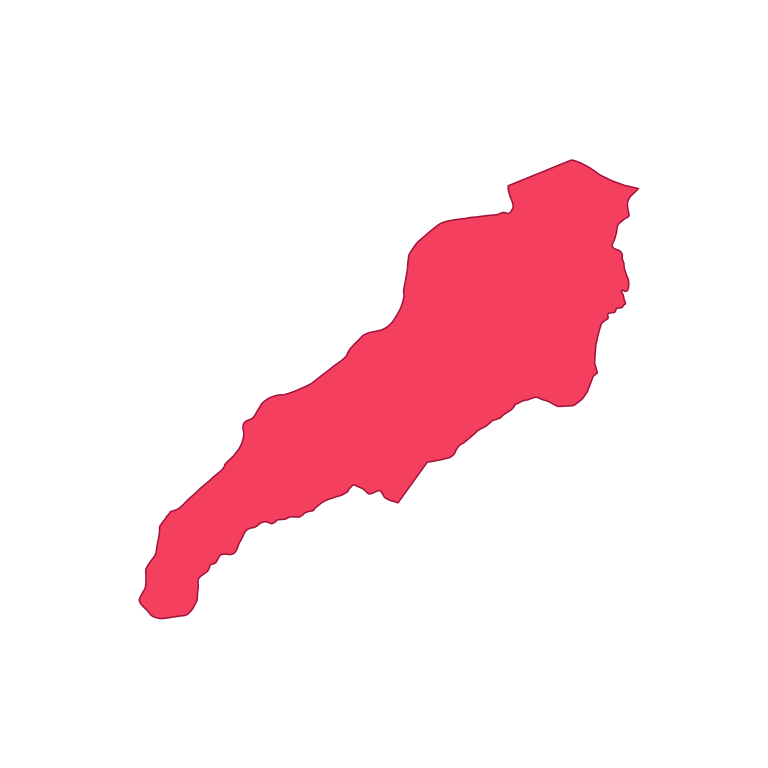 Mercedes de Oriente, La Paz, Honduras, rotated 246°
{"feature_id": "27666195B10683229568553", "entity_name": "Mercedes de Oriente", "entity_type": "district", "adm_level": 2, "iso_a3": "HND", "parent_name": "Honduras", "parent_adm1": "La Paz", "projection": "robinson", "projection_center": [-87.785, 13.926], "detail": "fine", "context": "isolated", "style": "filled", "palette": "rose", "viewbox_px": 768, "rotation_deg": 246, "n_neighbors": 0, "source": "geoboundaries", "source_scale": "gbopen_adm2", "svg_char_len": 6143}
<svg xmlns="http://www.w3.org/2000/svg" viewBox="0 0 768 768"><g transform="rotate(246 384 384)"><path d="M253.6,107.5L253.4,109.7L253.5,111.2L254.5,113.6L255.9,116.8L256.3,117.5L259.1,121.3L262.1,124.9L262.8,125.5L263.9,126.2L268.6,128.5L274.0,131.7L275.2,132.2L277.9,133.2L280.3,134.3L281.2,135.1L282.0,136.1L282.5,137.2L283.0,138.8L284.6,146.5L285.1,147.3L286.4,148.9L287.2,149.8L288.7,150.8L289.2,151.6L289.6,153.2L289.4,154.0L288.9,155.0L289.0,155.5L289.4,156.4L289.1,157.2L289.1,157.6L293.2,163.1L293.8,164.1L294.1,164.9L294.2,165.8L294.2,166.7L293.7,168.5L293.0,170.2L291.2,173.1L290.5,174.9L290.3,175.9L290.3,177.1L290.4,178.1L290.6,179.0L291.4,180.5L292.4,181.9L293.8,183.5L296.2,185.6L297.4,186.9L301.3,192.0L304.8,196.0L305.6,197.3L306.2,198.6L306.5,200.0L306.7,201.4L306.6,203.7L306.4,204.7L305.9,206.2L305.7,207.7L306.0,210.4L306.8,212.9L307.1,214.3L307.1,216.3L306.9,218.2L306.6,219.3L306.0,220.4L304.4,222.2L302.7,223.6L302.3,224.2L302.0,224.8L301.9,226.0L302.2,228.2L302.6,229.5L303.2,230.9L303.3,231.4L300.8,238.3L300.7,241.0L300.9,243.4L300.8,243.9L298.0,250.3L297.1,251.9L296.9,252.6L297.2,255.4L297.5,256.5L298.2,258.3L298.4,260.1L298.4,261.3L298.1,263.5L297.7,265.6L297.2,266.8L297.2,267.6L297.4,268.3L298.6,270.6L299.4,273.3L300.7,278.2L301.3,282.2L301.3,284.8L300.8,290.5L300.3,295.1L299.7,298.9L299.7,301.1L300.0,304.4L300.3,306.3L300.6,307.3L301.0,307.9L301.7,308.5L302.1,309.1L304.2,313.9L304.3,314.5L304.3,314.9L304.0,315.4L303.4,316.1L297.0,322.0L294.0,323.5L291.0,324.6L290.2,325.1L289.8,325.6L289.3,326.4L289.1,327.5L288.9,330.4L289.0,333.7L289.0,334.9L288.7,336.0L288.2,336.8L287.5,337.3L286.4,337.6L280.3,338.4L279.8,338.6L277.3,340.4L275.0,342.4L274.3,343.1L272.4,345.7L271.6,346.5L270.4,347.5L269.9,348.3L270.0,348.9L295.0,391.8L293.8,395.8L291.8,404.4L290.2,413.1L290.1,414.4L290.2,415.5L290.8,417.9L291.5,419.7L292.1,420.6L294.0,422.6L295.9,425.2L296.7,426.7L297.4,428.6L297.7,430.2L297.7,432.1L297.8,432.9L301.7,446.5L302.9,449.5L303.3,450.8L303.8,455.2L303.9,459.9L305.3,464.7L306.4,467.7L306.4,468.4L306.1,471.1L305.7,476.4L307.2,480.6L308.7,489.8L309.9,492.8L310.5,493.7L311.5,494.8L311.9,495.8L311.8,498.1L312.1,501.8L312.1,503.8L311.8,506.1L311.0,508.9L310.7,514.6L310.2,517.3L309.8,518.1L308.7,519.3L305.3,522.3L303.0,525.1L300.9,527.3L299.8,528.2L293.8,532.7L293.0,533.5L292.3,534.7L291.6,536.4L289.4,542.4L287.6,546.9L287.3,548.0L287.3,549.1L287.4,550.2L289.0,556.9L289.5,558.4L290.5,560.6L294.6,567.2L296.1,568.4L298.6,571.0L305.9,578.2L306.1,578.7L307.1,582.7L307.2,583.3L309.8,583.9L315.9,584.7L318.1,585.2L333.1,593.2L341.4,599.3L347.1,604.0L350.4,606.9L350.9,607.7L351.7,610.0L352.2,612.0L352.4,614.2L352.8,615.2L353.2,615.7L353.7,616.0L355.5,616.2L356.9,616.8L357.1,617.0L357.1,618.2L356.7,620.3L356.5,621.3L355.8,622.6L355.8,623.6L355.9,624.4L356.3,625.1L358.3,626.8L358.5,627.1L357.2,631.5L357.1,632.3L357.2,632.9L358.6,635.2L358.9,636.1L358.8,636.8L360.3,637.7L361.8,637.7L363.5,637.8L366.5,638.4L368.2,638.7L369.1,638.7L370.2,638.5L370.9,638.5L372.3,638.9L372.7,639.3L372.7,639.6L372.6,640.0L372.1,640.6L371.1,641.2L370.6,642.0L370.3,642.8L370.2,643.8L370.6,644.7L371.8,645.9L374.3,647.5L376.7,648.7L379.6,649.6L381.2,649.8L384.4,649.8L391.1,650.4L393.8,651.2L396.9,652.3L399.4,652.5L401.5,652.5L404.5,654.0L405.4,654.4L405.8,654.5L408.4,654.1L409.5,653.7L411.3,652.2L413.5,649.9L415.2,648.8L416.0,648.6L416.7,648.6L417.4,648.7L418.2,649.0L419.6,650.2L421.5,652.7L427.6,657.9L432.4,660.8L433.3,661.5L434.0,662.3L434.6,663.2L435.2,664.6L435.8,666.3L436.2,668.5L436.8,669.9L437.3,674.6L437.5,675.5L437.9,676.1L438.5,676.5L439.1,676.8L442.5,677.5L446.4,678.5L448.5,679.3L449.8,679.7L451.5,680.9L453.0,682.5L454.2,683.9L455.0,685.2L458.4,694.4L459.1,695.8L463.4,690.3L467.8,684.3L476.5,675.4L478.3,673.7L487.5,666.1L497.4,660.3L505.7,653.8L509.8,649.8L512.4,646.4L514.6,578.2L512.4,577.0L511.2,576.6L504.0,575.4L500.3,575.4L497.6,575.1L495.4,574.8L493.8,574.3L493.0,573.9L492.4,573.4L490.8,571.4L489.5,569.3L489.2,568.7L489.1,568.0L489.1,567.3L489.4,566.4L491.3,564.4L491.9,563.4L492.3,562.4L492.6,560.3L492.6,557.2L492.7,556.1L496.1,546.2L499.3,535.4L501.1,530.5L501.9,526.5L504.1,519.5L505.8,513.3L506.8,509.3L507.5,504.6L507.6,502.6L507.6,500.5L507.4,499.2L506.8,496.2L504.7,488.2L500.2,473.2L499.0,470.5L496.0,465.4L493.4,461.3L491.7,459.2L490.8,458.5L483.3,454.1L480.0,452.5L478.6,451.6L470.3,446.0L462.4,440.5L460.5,439.5L457.6,438.6L456.2,438.0L454.6,437.0L451.8,434.9L447.5,431.0L445.2,428.4L441.6,423.6L439.1,420.0L437.9,418.0L436.4,415.0L435.5,412.6L435.0,410.4L434.5,407.6L434.4,404.7L434.5,403.3L434.9,400.9L436.9,391.8L437.1,387.8L437.0,385.7L436.9,384.5L436.3,382.8L434.6,378.9L432.6,373.4L430.5,368.6L429.5,366.7L428.5,365.2L426.9,363.2L425.2,361.5L423.6,357.7L422.5,353.8L420.7,344.8L418.5,336.5L416.9,329.4L415.2,323.1L413.9,317.0L413.7,313.4L413.6,306.6L413.8,297.9L414.3,292.2L415.0,287.7L415.3,286.8L416.4,284.6L417.1,282.0L417.6,279.3L417.9,276.0L417.9,273.6L417.6,271.2L417.2,268.9L416.6,266.6L415.8,264.4L415.3,263.5L413.3,260.8L410.1,256.2L408.2,253.7L406.8,251.3L406.3,249.9L406.1,248.3L406.1,247.2L406.3,245.2L406.1,242.9L405.8,241.3L405.1,240.0L404.6,239.4L403.8,238.7L401.9,237.6L400.3,237.0L398.1,236.5L396.7,236.1L395.3,235.5L393.6,234.6L391.4,233.1L389.7,231.7L387.4,229.6L385.9,227.9L384.3,225.9L382.2,222.4L379.3,216.7L376.9,209.6L375.7,206.8L375.0,205.7L373.9,204.9L373.4,204.3L371.9,201.9L371.1,199.8L367.8,188.2L366.7,185.5L363.6,174.4L360.2,164.9L359.2,161.3L358.5,159.1L357.3,156.0L355.6,151.9L354.2,147.7L353.7,145.3L353.6,142.8L353.8,140.0L354.3,137.0L353.3,135.6L352.4,134.1L352.0,133.0L351.6,131.8L350.4,130.4L350.0,129.7L347.9,125.7L346.1,122.7L345.2,121.4L344.7,120.9L339.4,118.3L335.4,115.7L329.1,111.2L324.4,108.3L322.3,106.8L321.1,105.6L320.0,104.2L317.3,99.3L315.8,96.7L313.4,93.1L312.1,91.6L311.2,90.8L310.1,90.2L305.7,88.6L300.4,86.2L297.6,84.7L295.4,83.3L294.6,82.7L293.8,81.8L290.8,77.5L287.8,73.8L286.5,72.8L284.9,72.2L283.0,72.3L281.2,72.6L278.8,73.4L273.3,75.6L267.9,77.0L266.9,77.5L265.9,78.1L263.8,80.1L261.3,83.3L260.3,84.9L259.9,85.8L258.1,91.9L254.8,104.0L253.6,107.5Z" fill="#f43f5e" stroke="#9f1239" stroke-width="1.5"/></g></svg>